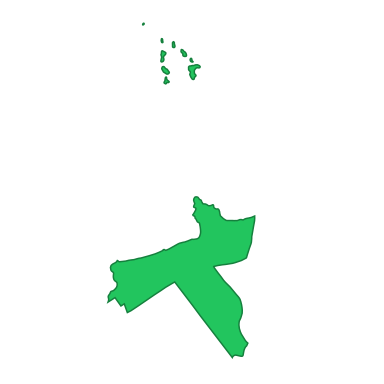 Ha Tien, Kiên Giang, Vietnam (Mercator projection), rotated 112°
{"feature_id": "81297802B34321495303848", "entity_name": "Ha Tien", "entity_type": "district", "adm_level": 2, "iso_a3": "VNM", "parent_name": "Vietnam", "parent_adm1": "Kiên Giang", "projection": "mercator", "projection_center": [104.405, 10.36], "detail": "fine", "context": "isolated", "style": "filled", "palette": "green", "viewbox_px": 384, "rotation_deg": 112, "n_neighbors": 0, "source": "geoboundaries", "source_scale": "gbopen_adm2", "svg_char_len": 5886}
<svg xmlns="http://www.w3.org/2000/svg" viewBox="0 0 384 384"><g transform="rotate(112 192 192)"><path d="M311.2,83.6L311.0,84.2L310.3,85.9L309.4,87.4L305.2,93.1L303.5,94.8L300.8,97.0L297.7,98.7L295.3,99.5L293.8,99.8L290.6,99.6L288.2,99.8L285.6,100.1L282.8,101.1L280.3,102.4L278.0,103.8L275.5,105.6L273.6,107.2L272.7,108.3L271.8,109.8L270.4,112.6L265.8,121.1L263.3,127.1L262.0,129.7L259.9,133.0L257.0,138.0L253.9,143.0L252.9,143.9L250.5,140.6L248.0,136.4L246.5,133.6L242.9,127.6L241.3,125.5L237.0,120.5L232.9,117.0L232.3,116.9L229.4,117.2L222.9,117.7L218.2,117.9L216.4,118.1L212.8,119.2L211.0,119.9L206.2,120.9L201.2,122.0L195.3,123.2L192.9,124.0L190.8,124.9L193.3,127.4L194.8,129.5L195.6,130.8L196.4,132.0L197.4,133.1L198.4,133.8L198.7,134.2L198.9,134.7L199.1,136.0L199.4,136.7L199.7,137.3L201.2,138.9L201.7,139.6L202.4,141.4L202.8,142.2L203.2,143.5L205.2,148.5L205.4,149.2L205.5,150.0L204.9,153.0L203.5,156.6L203.3,156.9L202.8,157.2L201.3,158.3L200.0,159.0L198.6,160.2L198.2,160.8L198.0,161.4L198.0,161.7L198.7,163.0L198.6,164.9L198.5,165.3L198.2,165.8L197.8,166.1L197.3,166.5L196.3,167.0L196.0,167.4L196.0,167.7L196.1,168.1L197.2,169.1L197.7,169.8L198.1,170.4L198.3,170.8L198.5,171.7L198.4,172.7L198.1,173.4L198.1,174.8L198.2,175.5L198.7,176.8L198.8,177.4L198.7,177.9L198.1,178.3L197.6,179.2L196.5,180.1L196.1,180.7L196.1,182.0L195.7,182.8L194.9,184.1L194.7,184.5L194.7,185.1L194.7,185.7L195.1,186.7L195.5,187.1L195.8,187.4L196.7,187.6L197.7,187.7L199.0,187.4L199.5,187.1L201.4,185.4L201.7,185.1L202.0,185.1L204.5,185.1L204.9,185.0L205.3,184.8L205.4,184.6L205.5,182.5L206.0,182.1L206.9,181.9L207.7,181.9L211.3,182.3L212.1,182.5L212.9,182.7L213.0,182.6L213.4,182.1L213.5,181.8L213.4,180.9L213.5,180.4L214.2,179.8L215.0,179.4L215.3,179.0L215.6,178.2L216.0,177.7L216.8,176.9L217.6,175.9L217.8,175.1L217.9,173.7L218.1,173.4L221.3,171.3L224.1,169.8L226.1,168.9L227.7,168.5L229.6,168.3L231.4,168.4L232.2,168.7L232.8,169.1L233.7,170.0L235.2,172.5L235.9,174.4L238.9,177.5L241.1,180.0L242.1,181.6L244.2,184.4L245.5,185.6L253.7,192.2L255.9,194.4L256.0,194.7L255.7,195.8L255.8,196.3L256.1,196.8L256.4,197.1L256.7,197.1L257.0,197.0L257.4,197.3L260.2,199.9L263.2,203.0L267.2,207.9L272.2,214.4L273.7,216.9L276.4,220.4L277.3,222.0L278.0,223.3L279.0,225.0L280.9,227.6L282.3,230.2L283.8,233.0L283.9,233.4L283.9,233.9L283.6,234.7L283.5,235.3L283.5,235.6L284.8,235.8L285.4,236.0L286.9,237.1L288.1,238.2L289.0,238.8L290.2,239.4L290.8,239.5L292.6,239.3L294.5,238.1L295.1,237.6L295.6,236.5L295.9,235.3L296.2,234.7L296.5,234.4L296.9,234.2L299.0,233.6L300.3,233.1L301.9,232.1L302.7,231.2L303.2,230.4L303.5,229.1L303.8,228.3L304.1,227.7L304.8,227.2L305.8,226.7L307.2,226.3L308.7,226.3L309.9,226.6L311.7,227.3L312.8,227.9L313.5,228.6L314.3,229.6L314.6,229.9L315.0,230.0L315.9,230.1L316.7,230.0L319.2,230.6L320.0,230.6L320.7,230.4L322.6,229.1L323.9,228.7L325.5,228.6L318.8,223.8L324.3,215.2L321.1,212.9L328.0,206.8L324.9,204.1L317.3,198.9L300.9,188.0L295.0,183.9L290.3,180.8L284.4,176.3L281.9,174.3L296.8,149.2L304.0,137.4L330.4,92.6L329.9,92.6L329.2,92.5L328.3,92.1L327.5,91.4L327.0,90.8L326.7,89.8L326.0,85.4L325.6,84.1L325.0,83.6L324.2,83.5L320.8,84.2L319.1,84.5L316.8,84.5L315.2,84.2L314.2,83.7L311.2,83.6ZM77.3,235.2L75.9,234.7L75.3,234.4L74.8,233.6L74.5,232.6L74.3,232.0L73.8,231.4L73.2,231.3L72.9,231.3L72.5,231.7L72.2,232.2L72.1,232.6L72.0,233.5L72.0,234.5L72.3,235.3L72.5,235.8L73.0,236.6L74.1,237.8L74.4,238.4L74.6,239.1L75.5,240.2L75.9,241.1L76.3,241.6L76.6,241.8L77.0,241.9L77.3,242.0L77.7,241.9L79.8,241.0L80.4,240.3L81.0,238.8L81.3,238.5L81.9,238.3L83.6,238.1L84.0,238.0L86.0,236.0L86.9,234.7L87.2,234.2L87.3,233.5L87.2,232.9L86.8,232.5L86.4,232.3L85.4,232.5L84.5,232.5L83.1,231.9L82.8,231.9L82.6,231.9L82.0,232.4L81.5,233.6L80.9,234.3L80.5,234.5L78.9,235.2L78.1,235.3L77.3,235.2ZM82.8,268.8L82.7,268.6L82.3,268.2L81.7,267.7L81.4,267.6L80.9,267.5L79.9,267.6L79.1,268.0L78.2,268.7L77.5,269.0L76.6,269.0L76.1,268.8L74.5,268.2L74.0,268.1L73.2,268.2L72.8,268.4L72.6,268.7L72.5,268.9L72.2,271.8L72.2,272.4L72.6,272.7L72.7,272.9L73.0,272.9L74.1,272.6L74.9,272.3L76.3,272.2L76.6,272.0L77.8,271.0L78.4,270.6L79.7,270.4L82.0,270.0L82.5,269.8L82.8,269.4L82.8,268.8ZM88.2,266.4L89.1,266.2L89.8,265.5L90.5,264.5L91.3,263.6L91.5,263.1L91.6,262.4L92.1,259.9L92.0,259.2L91.6,258.5L91.1,258.1L90.5,257.8L89.8,257.8L89.5,257.9L89.4,258.0L89.0,258.6L88.4,259.7L87.6,260.8L87.5,261.3L87.5,262.0L87.3,263.0L86.5,264.4L86.3,264.9L86.3,265.1L86.4,265.5L86.7,266.0L86.9,266.2L87.3,266.4L88.2,266.4ZM64.6,255.2L65.9,254.8L66.1,254.6L66.7,253.9L66.8,253.0L66.9,252.7L67.1,252.5L67.5,252.1L68.1,252.0L68.6,251.7L69.1,251.2L69.2,250.4L69.0,249.3L68.4,248.4L68.1,248.2L67.5,248.2L66.6,248.7L65.7,249.5L64.9,250.6L64.7,251.9L64.4,252.6L63.9,253.3L63.7,254.3L63.8,254.9L63.9,255.2L64.3,255.3L64.6,255.2ZM101.4,258.6L101.6,257.6L101.6,256.9L101.4,256.7L101.1,256.5L100.0,256.4L99.9,256.2L99.5,255.1L99.3,254.8L98.8,254.5L98.6,254.4L98.3,254.5L98.1,254.8L97.5,256.7L97.1,257.4L96.6,257.9L95.5,258.4L95.2,258.7L95.1,259.1L95.3,259.3L95.5,259.4L96.0,259.5L97.0,259.3L99.0,258.8L99.7,258.8L100.4,259.0L101.0,258.9L101.4,258.6ZM61.7,265.7L64.5,264.5L64.8,264.3L65.0,263.8L65.0,263.3L64.6,262.5L64.1,262.3L63.6,262.3L63.0,262.5L60.8,264.1L60.3,264.2L60.1,264.4L59.7,264.9L59.5,265.3L59.7,265.6L60.3,265.9L60.9,266.0L61.7,265.7ZM69.1,243.4L69.8,243.4L70.6,243.0L71.2,242.4L71.4,242.1L71.5,241.3L71.5,240.7L71.4,240.3L71.1,239.9L70.9,239.8L70.7,239.9L70.5,240.5L70.2,241.1L70.0,241.3L68.8,242.0L68.4,242.5L68.4,243.0L68.7,243.2L69.1,243.4ZM61.5,277.7L62.9,277.4L63.3,277.2L64.2,276.6L64.6,276.2L64.7,275.7L64.5,275.2L64.3,275.1L63.8,275.1L63.2,275.6L61.8,276.3L61.5,276.5L61.1,277.0L61.1,277.3L61.2,277.6L61.5,277.7ZM55.1,300.5L55.4,300.4L55.5,300.1L55.4,299.9L55.0,299.6L54.6,299.4L54.1,299.3L53.9,299.4L53.6,299.7L53.6,299.9L53.7,300.2L54.0,300.4L54.3,300.5L55.1,300.5Z" fill="#22c55e" stroke="#15803d" stroke-width="1.5"/></g></svg>